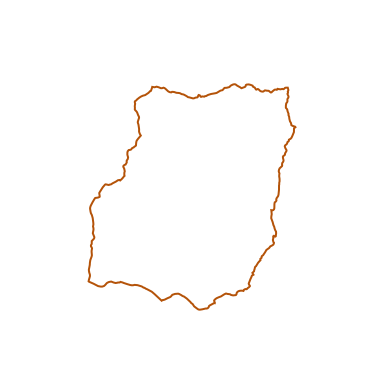 El Espino, Boyacá, Colombia, rotated 153°
{"feature_id": "7082276B84809079779557", "entity_name": "El Espino", "entity_type": "district", "adm_level": 2, "iso_a3": "COL", "parent_name": "Colombia", "parent_adm1": "Boyacá", "projection": "natural_earth1", "projection_center": [-72.481, 6.507], "detail": "fine", "context": "isolated", "style": "outline", "palette": "amber", "viewbox_px": 384, "rotation_deg": 153, "n_neighbors": 0, "source": "geoboundaries", "source_scale": "gbopen_adm2", "svg_char_len": 5981}
<svg xmlns="http://www.w3.org/2000/svg" viewBox="0 0 384 384"><g transform="rotate(153 192 192)"><path d="M324.7,159.3L324.4,158.7L321.3,154.9L318.4,150.8L316.2,149.1L315.0,148.5L313.9,148.3L312.9,148.2L311.2,148.7L309.6,149.4L308.6,149.6L306.8,149.5L304.7,148.9L302.9,146.9L301.4,145.6L299.9,145.1L299.2,145.0L297.4,144.2L296.6,144.4L294.7,142.7L294.5,142.3L291.2,139.0L289.2,137.1L288.1,136.3L287.0,135.7L285.3,135.3L282.8,133.7L279.9,130.9L279.2,130.0L278.9,129.3L278.5,128.7L277.9,128.3L276.9,126.6L276.1,125.7L273.1,121.4L271.7,118.0L268.4,108.9L267.4,109.1L267.1,108.9L265.2,108.5L262.0,108.5L259.2,108.3L258.1,108.5L256.8,109.1L256.1,109.3L253.4,108.9L250.5,107.7L249.7,106.9L248.3,104.9L247.7,103.7L246.6,102.5L245.0,99.4L243.3,94.6L243.2,93.7L242.9,93.0L242.3,91.9L242.0,89.1L240.1,85.2L239.6,84.4L238.5,83.6L236.1,82.8L232.8,82.0L232.1,81.6L230.9,81.3L229.6,81.7L228.5,82.7L227.2,82.9L225.3,82.9L224.5,83.0L223.7,82.9L223.3,83.0L222.7,83.0L222.2,82.6L221.9,83.0L221.7,85.0L221.4,85.4L219.7,86.0L218.2,86.2L216.1,86.1L213.6,85.8L209.6,86.2L207.8,86.1L206.7,85.1L204.8,83.8L204.3,83.3L204.0,82.6L203.3,82.0L202.3,81.2L199.9,80.3L199.5,80.3L199.0,80.6L198.6,80.9L198.3,81.5L197.6,82.0L196.7,82.4L195.5,82.5L193.9,82.2L193.6,82.0L192.2,81.4L191.1,80.5L190.2,81.2L189.7,81.3L188.8,81.3L188.3,81.2L187.7,80.7L187.3,80.6L186.0,81.1L184.5,81.3L183.2,81.8L183.0,82.3L183.2,82.8L183.1,83.4L183.2,84.0L183.0,84.7L179.2,88.1L178.1,88.9L176.6,90.3L174.8,90.4L174.9,92.5L172.7,93.2L172.1,94.1L171.4,94.7L170.1,96.3L169.5,96.7L168.7,96.8L165.0,99.1L164.4,99.2L164.0,99.5L162.0,100.1L161.6,101.3L159.9,101.8L159.1,103.0L158.7,103.2L157.3,103.4L156.5,103.9L154.3,105.1L152.0,106.6L148.7,107.1L146.9,108.0L144.5,108.0L143.4,108.2L142.5,108.9L142.0,109.6L142.2,110.4L141.7,112.6L140.3,114.2L140.1,115.1L139.6,115.7L138.9,115.8L138.2,114.5L137.5,114.5L135.8,117.0L135.1,118.6L135.2,119.9L135.0,121.8L134.5,123.9L134.5,125.4L133.8,128.6L133.3,132.7L132.4,134.2L131.0,136.1L129.6,139.8L128.7,139.1L127.8,139.0L126.7,139.4L126.0,140.2L124.0,143.9L123.0,145.2L121.8,145.4L120.7,146.0L120.2,147.3L119.5,148.0L117.1,149.3L116.1,150.4L113.4,154.6L111.5,158.3L110.8,159.2L110.1,160.6L109.1,161.8L108.0,164.0L107.2,166.4L106.4,167.8L105.7,168.7L105.4,170.8L105.1,171.4L104.3,172.4L103.2,173.3L100.1,174.2L99.5,174.9L99.2,175.8L98.5,176.8L97.3,177.4L96.5,178.0L96.0,178.8L95.6,180.6L95.1,182.0L94.3,182.6L93.3,182.7L92.3,183.0L91.5,184.2L89.3,185.6L88.8,186.3L88.9,188.8L88.6,190.6L88.0,191.2L86.1,191.6L85.3,192.0L84.8,192.6L84.0,193.3L83.3,193.2L82.5,193.6L81.9,194.6L79.9,194.7L78.7,195.2L76.9,196.6L74.0,199.1L72.2,202.4L70.4,202.8L70.5,203.4L72.2,205.1L73.1,206.4L72.5,208.5L72.6,210.5L72.0,213.1L71.3,214.9L71.1,216.9L70.5,217.7L70.2,220.5L69.7,222.3L69.8,223.2L70.1,224.0L70.1,224.5L69.1,226.4L67.8,228.2L66.7,228.7L66.0,229.2L65.6,229.8L65.1,231.0L64.4,231.8L63.5,232.2L63.0,232.7L62.6,233.5L62.5,235.6L62.3,236.2L61.4,236.8L61.0,238.1L60.2,238.6L59.8,239.3L59.3,241.5L61.4,242.5L62.0,242.5L63.1,242.1L64.1,242.2L64.5,242.7L64.9,242.9L66.5,243.3L68.3,244.5L68.9,245.1L69.0,245.1L69.6,244.6L69.8,244.6L70.1,244.6L70.8,245.2L71.7,245.6L72.3,245.6L74.8,245.1L75.9,244.7L76.6,244.9L76.9,245.4L77.6,247.1L77.8,247.4L79.2,248.2L80.8,249.4L81.5,249.4L82.3,249.2L82.6,249.2L83.1,249.2L83.9,249.6L84.6,250.2L85.2,250.8L85.4,251.2L86.0,253.0L86.5,253.8L86.9,254.0L87.9,253.9L88.3,254.1L88.5,254.4L88.7,256.6L89.8,258.1L89.7,259.2L91.1,260.8L92.6,262.1L94.6,262.9L95.5,262.8L96.4,261.8L97.2,261.6L100.7,262.0L100.9,262.1L101.4,263.2L103.5,266.3L104.2,267.8L104.8,268.5L105.6,268.9L107.0,269.2L108.7,269.2L109.6,269.1L110.8,268.6L111.4,268.6L113.7,269.1L115.8,270.0L118.6,268.9L120.1,269.3L120.9,269.4L125.0,269.1L126.0,269.3L130.6,270.7L133.7,271.2L135.9,271.1L137.0,271.5L137.8,271.4L139.3,272.4L139.7,272.6L140.6,272.6L140.9,272.8L141.1,273.5L141.2,274.6L142.0,275.4L142.5,275.2L143.6,274.2L144.1,273.9L144.4,273.9L145.4,274.3L146.1,274.5L147.7,274.6L148.5,274.9L148.8,275.1L151.5,277.6L152.5,278.3L153.3,279.9L155.0,282.4L155.7,283.1L156.9,284.0L157.5,285.0L157.9,285.5L158.9,286.3L160.9,287.5L162.3,289.0L163.7,290.0L164.4,290.3L165.3,290.2L166.3,290.9L167.3,292.1L167.6,292.7L168.9,296.3L169.4,297.2L170.1,297.9L171.6,298.1L172.6,298.6L174.1,300.4L175.7,301.9L177.8,302.3L179.7,303.7L180.0,303.3L182.6,300.8L183.1,300.7L183.5,300.9L185.7,300.1L189.7,299.6L192.0,300.1L193.8,300.2L196.1,300.0L199.0,299.4L200.1,298.9L201.4,298.8L201.9,298.5L202.3,297.7L202.6,296.4L203.0,295.9L204.0,294.5L204.7,292.8L205.4,291.7L205.5,291.0L204.9,288.9L204.8,288.2L204.8,287.5L205.1,285.1L205.1,283.2L205.5,282.1L208.3,279.3L208.8,278.4L209.1,276.4L210.3,272.8L210.7,271.8L211.4,270.5L211.8,269.7L212.0,268.4L212.1,267.4L212.0,265.5L215.7,264.0L217.7,263.0L218.4,262.5L219.4,261.2L220.8,258.9L221.2,258.7L222.9,258.5L223.8,258.2L225.3,258.3L226.8,257.6L227.4,257.5L229.4,258.1L230.9,257.4L231.7,256.4L232.7,254.5L233.2,251.9L234.3,250.5L235.8,249.7L236.3,249.1L236.5,248.4L236.8,247.9L238.8,246.6L239.8,246.8L240.6,246.6L241.5,246.2L241.6,245.9L241.8,245.5L241.8,243.6L242.5,241.0L243.5,239.9L244.3,238.5L244.8,237.0L245.5,236.9L246.5,236.3L248.8,235.4L250.8,234.9L251.1,235.6L252.6,236.1L255.2,235.8L258.9,235.8L260.3,235.6L260.9,235.6L261.7,235.9L262.8,236.0L263.1,236.1L265.4,238.0L265.8,238.1L266.3,238.0L269.4,236.7L274.9,233.4L275.2,233.0L276.2,230.0L276.6,229.6L278.2,229.7L279.5,230.1L280.5,230.5L281.0,230.6L282.5,229.8L285.3,228.0L288.5,225.7L289.7,224.5L290.4,223.4L291.3,220.6L291.7,219.0L291.7,216.9L292.1,214.9L292.3,213.9L293.8,209.7L294.5,208.0L295.9,206.1L296.2,204.6L296.9,203.1L299.1,200.3L299.5,196.1L300.1,195.3L300.6,194.9L303.6,193.8L304.9,191.3L306.2,190.4L306.5,189.9L306.7,189.3L306.7,189.0L306.5,188.3L306.7,187.1L308.2,185.1L308.7,184.1L309.5,182.1L309.9,181.1L310.8,180.0L313.5,177.5L315.1,175.3L316.2,173.4L319.1,169.7L319.7,168.4L319.9,167.4L320.1,167.1L320.4,165.2L320.6,164.4L321.1,163.4L321.9,162.5L323.7,160.6L324.7,159.3Z" fill="none" stroke="#b45309" stroke-width="2"/></g></svg>